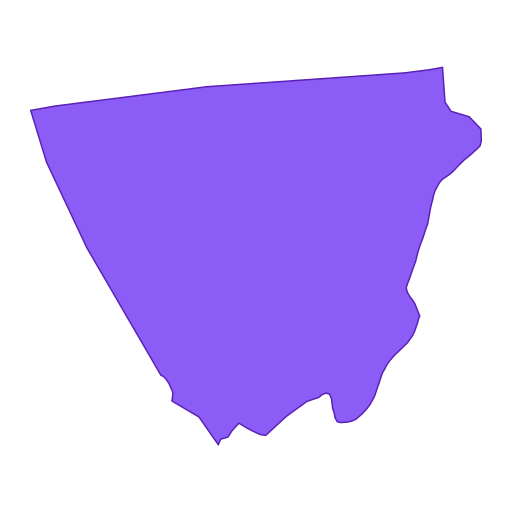 outline of Arma'a, Shabwah, Yemen
{"feature_id": "15242507B99813098953418", "entity_name": "Arma'a", "entity_type": "district", "adm_level": 2, "iso_a3": "YEM", "parent_name": "Yemen", "parent_adm1": "Shabwah", "projection": "equal_earth", "projection_center": [47.238, 15.391], "detail": "fine", "context": "isolated", "style": "filled", "palette": "violet", "viewbox_px": 512, "rotation_deg": 0, "n_neighbors": 0, "source": "geoboundaries", "source_scale": "gbopen_adm2", "svg_char_len": 1694}
<svg xmlns="http://www.w3.org/2000/svg" viewBox="0 0 512 512"><path d="M30.7,110.4L46.6,162.3L86.8,247.7L161.0,375.4L163.2,376.2L165.9,379.0L169.1,383.8L172.9,392.4L172.3,399.6L171.8,400.2L172.0,400.9L172.4,401.3L199.0,417.0L213.5,437.9L218.3,444.6L220.7,439.2L228.1,437.0L231.8,431.0L238.9,423.2L242.6,425.4L246.2,427.6L249.7,429.5L253.2,431.3L256.9,433.0L260.5,434.6L264.2,435.2L265.7,435.4L286.3,416.4L307.1,401.3L318.6,397.5L319.2,397.0L322.6,394.3L326.1,393.1L328.7,393.9L329.5,394.1L330.5,396.4L331.5,398.7L332.1,403.8L332.8,409.0L334.2,412.9L335.0,417.6L337.3,421.8L340.8,422.6L344.6,422.3L348.3,421.9L348.8,421.8L351.9,421.0L355.8,419.3L358.9,416.7L362.0,414.0L364.8,411.0L367.5,407.9L370.1,404.3L372.4,400.3L374.5,396.3L376.1,391.6L377.7,386.8L379.3,382.5L380.8,377.6L382.3,373.2L384.7,369.0L386.9,364.7L389.3,361.2L392.0,358.1L394.9,354.8L397.9,352.0L400.9,349.1L404.0,346.1L407.3,342.9L409.8,339.5L412.5,335.7L414.5,331.6L416.1,327.0L417.6,322.6L418.8,318.1L419.8,316.2L418.2,312.1L416.5,307.9L414.8,303.6L412.4,299.8L409.8,296.5L407.4,292.4L406.2,287.9L407.6,283.4L409.3,279.2L410.8,274.8L412.3,270.4L414.1,265.6L415.8,260.7L417.0,255.7L418.2,251.2L419.6,246.7L421.2,242.4L422.8,238.2L424.4,233.4L426.0,228.4L427.6,224.1L428.5,219.4L429.4,214.3L430.2,209.7L431.2,205.0L432.5,200.3L433.5,195.5L435.1,190.7L437.3,186.5L439.6,182.4L442.6,179.1L445.8,177.0L449.1,174.7L452.3,172.1L455.2,169.1L458.0,166.0L461.1,163.0L464.3,159.8L467.5,157.3L470.6,154.7L473.8,151.8L477.0,149.0L480.2,145.6L481.3,140.7L480.9,129.0L469.2,116.8L451.1,111.3L445.0,102.1L442.5,67.4L429.0,69.8L404.4,72.9L207.0,86.7L152.1,93.7L55.2,106.0L30.7,110.4Z" fill="#8b5cf6" stroke="#5b21b6" stroke-width="1.5"/></svg>